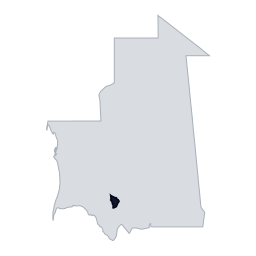 Guerrou, Assaba, Mauritania shown in context
{"feature_id": "47542326B49231245131640", "entity_name": "Guerrou", "entity_type": "district", "adm_level": 2, "iso_a3": "MRT", "parent_name": "Mauritania", "parent_adm1": "Assaba", "projection": "equal_earth", "projection_center": [-12.078, 16.876], "detail": "fine", "context": "in_parent", "style": "filled", "palette": "ink", "viewbox_px": 256, "rotation_deg": 0, "n_neighbors": 0, "source": "geoboundaries", "source_scale": "gbopen_adm2", "svg_char_len": 4487}
<svg xmlns="http://www.w3.org/2000/svg" viewBox="0 0 256 256"><path d="M110.7,239.5L110.4,239.3L109.0,238.0L108.3,236.4L107.1,235.3L105.5,234.5L104.5,233.6L104.0,232.6L103.5,231.9L102.8,231.5L102.8,231.2L102.9,230.7L102.8,229.7L101.9,227.7L101.0,226.7L100.3,226.9L99.8,226.6L99.6,226.2L99.5,225.5L99.0,224.9L98.1,224.7L97.4,223.2L96.9,220.4L96.2,218.2L95.4,216.6L94.8,216.0L94.3,215.9L94.2,215.7L94.1,215.2L93.4,215.1L92.5,215.5L91.6,215.4L91.2,214.6L90.7,214.5L89.9,215.2L89.1,215.0L88.3,214.0L87.8,213.0L87.7,212.0L86.2,210.0L83.3,207.1L80.1,205.7L76.7,205.9L74.8,205.8L74.4,205.3L74.0,205.3L73.5,205.9L73.1,206.0L72.6,205.7L72.3,205.9L72.2,206.7L71.0,207.0L68.7,207.1L66.8,207.5L65.4,208.4L63.4,208.8L60.8,208.7L59.2,208.4L58.7,207.8L58.0,207.7L57.0,208.0L56.1,209.4L55.3,212.1L54.7,213.6L54.2,213.9L53.7,215.9L53.3,219.2L52.9,220.6L52.9,212.4L53.7,209.4L54.0,206.7L55.6,200.8L57.5,195.9L59.3,189.5L60.0,183.3L59.8,177.2L59.4,171.8L58.5,168.2L57.7,163.0L56.5,160.3L54.2,157.9L53.7,156.6L54.2,156.0L55.6,155.7L56.5,153.8L54.7,154.5L56.9,148.9L57.6,145.0L57.5,142.5L57.9,140.9L56.3,137.5L55.1,133.3L54.4,132.6L53.7,132.2L53.7,133.2L53.3,134.1L52.5,133.6L51.1,130.5L49.2,125.5L48.5,124.9L47.9,125.6L47.5,126.3L46.8,130.5L46.6,128.8L46.9,126.9L47.4,124.5L48.0,121.1L49.8,121.1L52.8,121.1L59.0,121.1L62.0,121.1L68.2,121.1L71.2,121.1L77.4,121.0L80.5,121.0L86.6,121.0L89.7,121.0L95.8,121.0L98.9,121.0L100.9,121.0L100.8,118.6L100.7,116.7L100.6,114.2L100.5,111.7L100.3,109.1L100.2,106.8L100.1,104.4L100.0,102.2L99.9,100.2L99.7,99.0L99.1,96.7L99.0,95.6L99.1,94.4L99.6,93.2L100.8,91.2L102.6,89.6L104.7,87.7L106.2,86.3L107.1,86.0L109.5,85.5L111.5,84.4L113.4,83.4L114.2,82.8L114.3,80.9L114.3,38.0L123.6,38.0L126.1,38.0L143.2,38.0L145.7,38.0L158.2,38.0L158.2,36.0L158.1,33.1L158.1,29.2L158.1,25.2L158.0,18.3L157.9,15.4L160.4,17.3L165.4,21.2L167.9,23.1L172.9,27.0L177.9,30.9L182.9,34.8L185.4,36.7L187.9,38.7L190.4,40.6L192.9,42.6L198.0,46.5L200.1,48.1L203.3,50.8L206.3,53.2L209.4,55.7L204.8,55.7L198.6,55.7L194.4,55.7L190.0,55.7L186.0,55.7L186.4,59.7L186.8,64.2L187.3,68.6L187.7,73.0L188.2,77.4L189.5,90.7L189.9,95.1L190.4,99.6L190.8,104.0L191.3,108.5L192.2,117.4L192.6,121.9L193.0,126.3L193.5,130.8L193.9,135.3L194.4,139.8L195.3,148.8L195.7,153.3L196.1,157.7L196.6,162.2L197.0,166.8L197.5,171.3L197.9,175.8L198.3,180.3L199.2,189.3L199.7,193.9L200.1,198.4L200.5,202.9L201.0,207.3L202.6,209.6L204.7,212.5L204.1,216.6L203.5,221.5L202.8,226.9L197.1,226.9L191.6,226.9L177.7,226.9L174.9,226.9L161.1,226.9L158.3,226.9L152.9,226.9L151.3,226.8L150.8,226.4L150.6,223.6L150.1,223.8L149.5,224.6L149.2,225.5L149.3,226.6L149.3,227.6L147.5,228.0L145.1,228.6L142.5,229.1L140.0,229.0L139.1,228.7L138.2,228.4L136.1,228.0L135.0,227.9L133.8,228.0L132.3,228.2L131.8,228.7L130.7,230.8L129.6,233.2L128.8,233.2L128.0,231.9L125.8,229.4L123.2,226.2L121.9,224.5L121.3,224.3L120.0,225.5L118.9,226.6L117.8,228.2L117.3,229.7L116.9,231.5L116.7,233.6L116.3,236.1L115.3,238.0L114.2,239.5L113.4,240.3L113.1,240.6L110.7,239.5ZM55.7,150.3L54.8,152.1L54.4,151.4L54.3,150.3L55.1,148.6L55.4,147.8L56.1,147.4L55.7,150.3Z" fill="#d9dde1" stroke="#a8b0b8" stroke-width="1"/><path d="M114.0,207.8L114.2,207.7L114.5,207.6L114.8,207.4L115.0,207.3L115.3,207.2L115.5,207.0L115.8,207.0L116.0,206.8L116.1,206.6L116.4,206.5L116.5,206.4L116.5,206.2L118.1,202.7L118.5,202.2L118.9,201.8L119.1,201.3L119.0,201.0L118.7,200.6L118.3,200.2L118.3,199.8L118.1,199.6L117.5,199.5L117.2,199.4L117.1,199.1L116.6,198.1L116.4,197.9L116.2,197.7L116.0,197.8L115.9,197.7L115.6,197.9L114.0,197.1L113.0,196.5L111.7,196.1L111.6,195.9L111.2,195.9L111.0,195.7L110.8,195.5L110.6,195.3L110.7,196.1L110.8,196.1L110.8,196.3L110.8,197.3L110.9,197.5L111.0,197.5L111.0,197.9L111.1,198.1L110.9,198.5L111.0,198.6L111.0,198.8L110.9,198.9L110.9,199.0L111.0,199.3L110.9,199.3L110.9,199.5L110.9,199.9L110.8,200.0L110.7,199.9L110.6,200.0L111.0,200.5L111.3,200.8L111.5,201.0L111.8,201.1L111.8,201.3L111.8,201.5L111.7,201.6L112.0,202.0L112.2,202.4L112.2,202.6L112.3,202.8L112.3,203.1L112.2,203.4L112.3,203.6L112.4,203.9L112.4,204.0L112.5,204.2L112.7,204.4L112.7,204.0L112.7,203.9L112.8,203.9L113.0,203.9L113.0,204.0L112.9,204.0L112.9,204.4L113.0,204.5L113.1,204.4L113.3,204.3L113.3,204.5L113.3,204.9L113.1,205.1L113.1,205.3L113.1,205.7L113.1,205.9L113.1,206.2L113.0,206.8L113.0,207.1L113.1,207.5L113.0,207.8L113.1,208.0L113.3,208.0L113.5,207.9L113.4,207.8L113.3,207.6L113.5,207.2L113.8,207.1L113.9,207.4L113.9,207.6L114.0,207.8Z" fill="#0f172a" stroke="#020617" stroke-width="1.5"/></svg>